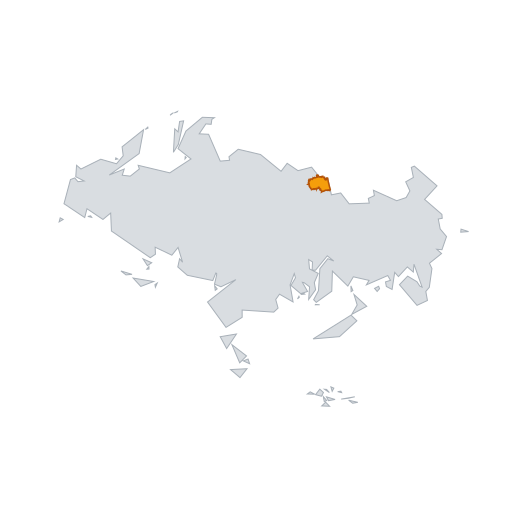 where Altay sits in Russia, rotated 195°
{"feature_id": "RUS-2399", "entity_name": "Altay", "entity_type": "Territory", "adm_level": 1, "iso_a3": "RUS", "parent_name": "Russia", "parent_adm1": "", "projection": "mercator", "projection_center": [83.175, 52.561], "detail": "fine", "context": "in_parent", "style": "filled", "palette": "amber", "viewbox_px": 512, "rotation_deg": 195, "n_neighbors": 0, "source": "natural_earth", "source_scale": "10m", "svg_char_len": 7278}
<svg xmlns="http://www.w3.org/2000/svg" viewBox="0 0 512 512"><g transform="rotate(195 256 256)"><path d="M343.7,376.1L332.0,378.8L334.0,376.6L333.4,371.6L338.6,370.6L342.5,359.3L333.3,361.3L315.1,338.4L306.3,341.6L307.8,344.9L300.8,354.5L277.9,355.2L253.7,344.3L249.9,353.6L237.5,349.3L225.3,356.2L215.2,348.8L206.8,349.6L199.0,334.6L190.5,338.8L179.5,330.5L160.3,336.4L162.4,340.7L157.3,345.0L159.6,349.9L134.4,345.8L126.1,351.3L124.2,358.7L130.6,366.4L124.3,372.6L128.9,381.8L126.3,383.8L99.3,370.6L107.8,354.3L87.2,344.3L85.9,340.6L89.5,338.9L85.1,329.8L77.0,324.1L78.0,310.2L83.2,309.3L77.4,306.4L86.6,293.9L82.8,289.4L80.5,270.6L82.8,265.7L78.9,257.4L87.7,250.0L110.0,265.4L104.3,275.8L93.9,272.8L90.1,269.4L87.5,268.9L101.3,289.0L99.9,281.2L107.0,284.6L113.1,273.0L117.8,276.1L115.9,258.9L122.2,260.3L124.2,264.5L119.8,267.3L123.7,271.2L141.9,256.7L140.5,261.7L156.6,261.1L159.5,250.7L178.3,261.2L173.7,241.6L185.8,226.8L189.0,228.7L186.7,238.7L191.0,260.3L185.9,272.0L179.6,271.3L187.2,274.6L194.8,257.7L198.1,256.9L199.9,264.9L204.2,266.2L201.0,257.4L191.4,255.3L192.8,245.4L189.7,238.8L193.9,227.7L196.3,240.1L202.7,242.7L204.4,242.6L197.0,235.1L203.1,231.2L214.6,236.6L212.2,245.2L214.5,248.9L215.6,236.9L208.3,221.2L223.4,225.2L225.7,219.1L221.2,211.4L224.3,206.4L255.4,200.2L253.5,193.2L266.5,179.3L290.9,199.0L269.3,228.0L281.9,217.2L288.8,218.1L289.1,227.5L289.5,229.0L290.4,229.2L291.4,221.1L317.4,219.6L328.7,225.2L329.1,233.6L325.3,231.0L333.5,244.1L337.5,235.0L355.7,238.4L353.6,231.7L357.7,227.0L402.1,242.7L407.5,259.9L413.3,251.7L431.5,257.9L431.4,248.8L455.0,256.8L455.0,281.8L451.3,284.5L447.2,281.7L441.4,284.0L450.6,285.9L452.8,297.2L447.6,294.7L431.0,309.3L414.6,309.0L410.2,318.4L413.6,326.8L397.3,348.9L395.4,324.7L418.7,296.2L405.8,305.9L406.1,299.4L398.1,300.6L391.2,309.9L393.3,313.1L360.8,314.0L343.9,332.9L359.1,339.5L356.0,358.6L343.7,376.1ZM179.4,190.7L148.9,223.5L141.8,219.5L154.5,199.7L179.4,190.7ZM362.6,334.8L367.4,357.8L363.4,355.7L364.6,366.2L360.9,367.8L359.9,343.7L362.6,334.8ZM136.0,236.1L148.4,224.4L145.6,234.9L151.4,244.2L136.0,236.1ZM348.2,204.9L359.4,196.8L369.0,202.9L348.2,204.9ZM244.1,148.6L256.3,164.1L239.3,157.0L244.1,148.6ZM240.0,134.4L251.2,139.7L235.5,144.8L240.0,134.4ZM260.4,159.0L269.7,168.8L254.7,175.6L260.4,159.0ZM371.0,206.2L376.7,204.1L382.6,206.6L371.0,206.2ZM57.0,334.6L64.4,332.0L64.9,335.0L57.0,334.6ZM130.2,142.4L136.7,139.8L124.1,145.6L130.2,142.4ZM358.4,218.6L364.4,224.0L355.0,222.5L358.4,218.6ZM133.1,255.4L129.7,258.5L128.2,256.4L129.8,253.1L133.1,255.4ZM142.5,137.9L148.5,135.0L151.5,138.2L142.5,137.9ZM162.6,137.5L159.9,143.9L155.5,141.6L156.5,137.5L162.6,137.5ZM168.5,138.8L163.5,137.7L170.7,136.0L168.5,138.8ZM154.9,246.2L156.6,251.7L153.5,247.7L154.9,246.2ZM241.1,151.4L237.0,154.4L234.3,150.3L241.1,151.4ZM146.0,129.9L153.7,128.2L150.9,132.8L146.0,129.9ZM455.0,242.2L451.7,241.4L455.0,238.0L455.0,242.2ZM124.5,138.8L129.2,140.7L119.8,141.0L124.5,138.8ZM186.1,224.6L181.9,225.4L186.1,224.2L186.1,224.6ZM286.5,212.3L288.2,216.5L285.0,214.2L286.5,212.3ZM428.7,250.7L426.1,252.0L424.7,250.8L428.7,250.7ZM153.3,145.4L149.8,143.1L155.4,145.0L153.3,145.4ZM152.4,133.1L154.6,137.6L150.3,134.7L152.4,133.1ZM375.4,369.7L374.7,371.1L372.8,373.1L375.4,369.7ZM147.4,145.0L149.8,149.0L146.6,148.5L147.4,145.0ZM202.8,230.4L199.8,232.1L199.1,231.8L202.8,230.4ZM416.8,314.5L414.7,313.9L416.7,312.9L416.8,314.5ZM358.1,215.0L356.7,218.1L356.0,215.7L358.1,215.0ZM349.7,331.4L350.1,333.7L348.9,333.1L349.7,331.4ZM395.7,349.6L393.9,352.5L393.4,351.6L395.7,349.6ZM142.0,146.1L139.0,147.4L137.9,146.2L142.0,146.1ZM204.8,225.3L204.1,228.2L203.5,227.4L204.8,225.3ZM346.2,202.2L344.4,204.3L345.1,199.8L346.2,202.2ZM369.3,374.9L372.0,373.0L369.2,375.4L369.3,374.9Z" fill="#d9dde1" stroke="#a8b0b8" stroke-width="1"/><path d="M204.5,344.8L203.1,342.2L201.8,340.0L201.6,339.6L201.4,339.3L201.5,339.2L201.8,339.1L201.7,338.9L201.8,338.8L202.0,338.8L202.1,338.7L201.7,338.6L201.7,338.3L201.8,338.3L202.2,338.2L202.3,338.2L202.5,338.5L202.8,338.7L203.1,338.5L203.3,338.5L203.5,338.5L203.5,338.4L203.4,338.1L203.6,338.0L204.1,337.8L204.4,337.9L204.5,337.9L205.0,337.9L205.1,337.7L205.3,337.7L205.4,337.8L205.5,337.8L205.8,337.6L205.9,337.4L206.1,337.2L206.3,337.2L206.5,337.1L206.5,336.9L207.0,336.5L207.0,336.4L207.2,336.2L207.3,336.3L207.6,336.2L207.9,336.0L208.0,336.0L208.2,335.9L208.3,335.7L208.5,335.7L208.8,335.4L209.0,335.4L208.9,335.1L209.2,334.8L209.2,335.0L209.3,335.4L209.6,335.6L209.6,335.9L209.8,336.0L210.1,336.1L210.4,336.2L210.5,336.2L210.6,336.4L210.8,336.4L210.7,336.6L210.7,336.8L210.9,336.7L211.1,336.5L211.5,336.6L211.5,336.9L211.2,337.1L211.2,337.4L211.4,337.6L211.5,337.7L211.8,337.7L212.1,337.9L212.3,337.8L212.3,338.1L212.6,338.4L212.9,338.5L213.0,338.7L213.3,338.6L213.2,338.4L213.4,338.0L213.5,337.9L213.4,337.9L213.5,337.8L213.7,337.5L213.7,337.4L214.4,336.6L214.5,336.5L214.8,336.2L214.9,336.3L215.0,336.3L215.0,336.2L215.3,336.7L215.3,336.8L215.5,336.7L215.5,336.2L216.0,336.0L216.4,335.9L216.5,336.0L216.6,335.9L216.6,336.0L216.8,335.9L217.2,335.7L217.3,335.7L217.5,335.6L217.5,335.8L217.7,335.7L217.8,335.7L217.9,335.8L218.1,335.8L218.2,335.7L218.2,335.4L218.5,335.1L219.5,334.5L219.6,334.4L220.4,335.6L220.8,335.5L221.0,335.8L221.3,336.0L221.5,336.2L221.6,336.3L222.0,336.5L222.3,336.9L222.3,337.0L222.5,337.0L222.7,337.4L222.8,337.6L222.7,337.8L222.8,338.0L223.0,338.2L223.1,338.4L223.4,338.6L223.7,338.7L223.9,338.7L224.1,338.6L224.3,338.6L224.1,338.8L224.2,339.0L223.9,339.4L223.8,339.6L223.6,339.6L223.4,339.6L223.5,339.9L223.7,340.0L223.9,340.2L224.1,340.3L224.3,340.3L224.4,340.5L224.3,341.0L224.1,341.2L224.1,341.3L224.2,341.5L224.3,341.6L224.4,341.9L224.5,341.8L224.7,342.2L224.7,342.3L224.5,342.0L224.1,342.2L223.9,342.1L223.7,342.3L223.7,342.5L223.3,343.2L223.3,343.3L223.8,343.6L223.7,343.8L223.8,344.0L223.7,344.3L223.3,344.3L223.1,344.3L222.9,344.5L222.7,344.7L222.4,344.7L222.2,344.6L221.6,344.5L221.4,344.8L221.5,345.1L221.3,345.2L221.2,345.3L221.1,345.5L221.1,345.8L221.0,345.7L220.9,345.7L220.8,345.9L220.6,346.0L220.5,346.3L220.4,346.5L220.1,346.5L219.9,346.9L219.7,346.8L219.3,346.8L219.2,346.8L219.1,347.0L218.9,347.1L218.7,347.1L218.4,347.3L218.1,347.5L217.8,347.7L217.7,347.7L217.2,348.2L217.2,348.3L217.0,348.2L216.8,348.2L216.8,348.5L217.4,348.7L217.5,348.7L217.7,348.8L218.0,348.8L218.1,349.0L218.3,349.3L218.3,349.5L218.2,349.7L218.2,349.8L218.1,350.0L217.9,349.9L217.7,350.0L217.2,350.1L216.7,350.0L216.7,349.8L216.7,349.6L216.3,349.3L216.2,349.2L215.8,349.0L215.6,349.0L215.5,348.9L215.4,348.8L215.1,348.7L214.8,348.8L214.7,348.8L214.5,349.1L214.4,349.2L213.9,349.2L213.7,349.1L213.6,349.5L213.3,349.6L213.0,349.9L212.8,349.7L212.7,349.8L212.6,349.7L212.5,349.8L212.5,349.7L212.3,349.9L212.2,349.9L211.8,349.7L211.7,349.6L211.4,349.7L211.2,349.6L211.0,349.8L210.5,349.8L210.4,349.8L210.4,349.7L210.5,349.4L210.4,349.2L210.3,348.9L210.0,348.9L209.7,349.0L209.5,348.9L209.6,348.6L209.7,348.2L209.4,348.0L209.2,347.9L209.1,347.7L208.6,347.5L208.4,347.6L208.4,347.8L208.0,347.9L207.9,347.9L207.9,348.0L207.9,348.3L208.0,348.4L208.0,348.6L208.0,348.8L207.9,349.0L207.5,349.1L207.3,349.2L207.3,349.3L207.2,349.5L207.1,349.4L206.9,349.4L206.9,349.5L207.1,349.7L206.9,349.7L206.7,349.2L205.6,346.8L204.5,344.8Z" fill="#f59e0b" stroke="#b45309" stroke-width="1.5"/></g></svg>